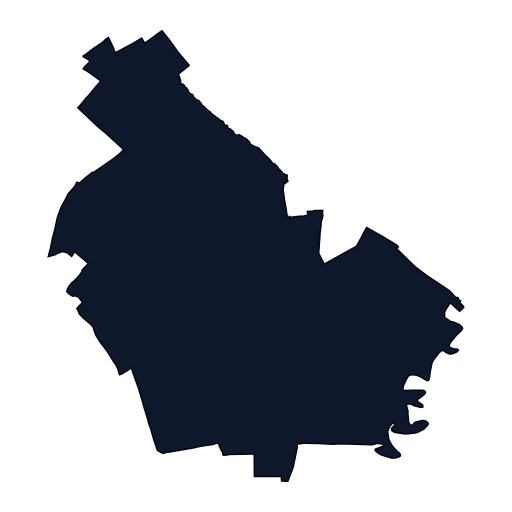 the district of Berezeni, Vaslui, Romania
{"feature_id": "2599482B46887987422837", "entity_name": "Berezeni", "entity_type": "district", "adm_level": 2, "iso_a3": "ROU", "parent_name": "Romania", "parent_adm1": "Vaslui", "projection": "albers", "projection_center": [28.128, 46.41], "detail": "fine", "context": "isolated", "style": "filled", "palette": "ink", "viewbox_px": 512, "rotation_deg": 0, "n_neighbors": 0, "source": "geoboundaries", "source_scale": "gbopen_adm2", "svg_char_len": 5976}
<svg xmlns="http://www.w3.org/2000/svg" viewBox="0 0 512 512"><path d="M372.2,444.8L377.3,443.4L382.5,444.1L383.1,444.6L383.3,445.5L382.8,446.3L378.0,448.2L376.1,448.7L375.1,449.5L375.3,450.5L375.8,451.3L379.5,453.9L381.0,454.8L384.5,455.9L391.3,458.0L394.0,458.1L397.2,457.5L399.7,456.5L400.5,455.7L400.4,454.6L399.2,452.9L397.3,451.4L393.1,447.0L390.6,443.2L388.9,439.5L388.6,438.5L387.7,431.8L387.8,430.8L389.8,426.5L391.7,424.0L393.4,422.9L394.2,423.3L394.5,424.3L394.3,425.4L393.8,426.1L391.7,428.1L391.5,430.0L392.0,430.8L394.5,432.3L395.4,432.5L403.7,433.8L407.0,433.9L415.7,432.9L418.3,432.0L424.2,428.9L425.5,427.3L427.6,425.3L428.1,424.2L428.1,423.3L427.6,422.5L426.2,421.3L425.3,420.9L422.4,420.4L415.0,422.3L412.2,425.1L411.3,425.4L410.5,425.0L409.2,423.5L408.6,421.6L407.8,412.6L408.1,411.6L406.5,405.7L406.7,404.7L407.4,404.2L409.3,403.9L411.3,404.3L414.9,406.0L419.1,407.0L420.9,407.4L422.8,407.1L422.8,405.2L421.3,403.9L418.7,402.3L417.5,400.9L417.4,400.0L417.9,399.1L419.7,398.1L424.4,394.2L425.2,393.3L425.5,392.5L425.4,391.8L424.1,390.6L422.1,390.2L410.4,390.2L407.5,390.5L403.6,390.3L403.1,390.1L402.9,389.3L403.5,385.4L407.0,378.2L407.6,377.4L408.0,376.4L408.8,375.8L410.7,374.9L413.7,374.8L416.7,375.3L420.6,376.8L424.8,379.4L427.2,380.6L428.1,380.6L428.7,380.1L429.4,378.5L430.0,373.0L432.0,362.8L432.8,361.2L434.8,358.3L438.5,353.4L439.9,352.0L441.9,350.5L442.7,350.5L443.5,350.7L446.7,352.8L449.6,354.0L451.6,353.9L453.5,353.4L457.1,351.8L458.4,350.3L458.0,349.5L457.1,349.1L454.1,348.9L451.3,348.1L449.6,347.2L449.1,345.6L449.2,344.9L450.7,342.2L451.9,340.6L456.4,335.3L460.8,331.1L462.0,329.6L462.6,328.8L462.4,327.8L462.0,327.0L461.4,326.3L459.1,324.4L453.6,322.1L450.6,321.5L444.8,317.5L444.6,316.5L444.7,312.1L444.9,311.3L447.2,307.3L448.5,305.6L448.9,304.4L448.9,303.5L450.6,303.6L452.0,304.2L455.0,307.2L459.7,311.3L463.7,307.5L463.5,306.4L460.0,302.8L460.1,301.6L460.6,301.0L459.0,300.0L458.1,297.8L457.2,297.4L455.8,297.7L451.4,292.6L449.3,290.6L426.5,275.3L415.6,267.1L409.1,260.9L396.3,248.3L397.2,248.0L398.4,246.8L396.5,244.9L384.1,237.4L366.6,227.5L357.7,244.1L356.8,245.7L356.0,246.5L321.9,265.4L323.5,263.8L323.7,263.0L318.7,253.4L320.1,232.7L321.1,224.7L321.1,222.4L321.7,220.1L322.5,217.9L322.6,216.8L322.9,215.5L322.6,214.4L322.5,212.6L322.7,210.4L313.9,210.6L313.1,211.2L307.6,211.4L307.3,211.6L307.8,215.3L304.7,215.7L304.1,216.1L299.5,216.2L290.6,217.3L290.5,217.0L289.6,216.4L289.2,216.5L289.3,217.4L289.7,218.3L289.3,218.6L287.7,217.4L287.3,216.2L286.8,214.0L286.3,210.0L284.5,199.9L283.1,189.6L283.4,188.1L283.6,185.6L284.1,183.5L285.2,183.5L285.6,183.3L286.1,182.3L287.8,181.5L287.8,180.6L287.4,180.2L287.2,179.8L287.0,177.8L287.3,175.6L286.9,175.0L286.4,174.7L284.8,174.6L284.4,173.9L284.0,173.7L282.5,173.7L282.5,173.2L282.0,171.8L280.5,171.0L280.4,170.8L280.5,170.3L280.4,170.1L279.7,170.0L278.8,170.3L279.0,169.0L278.5,168.4L278.2,167.6L277.8,167.4L277.2,166.4L276.4,165.5L275.8,165.4L275.5,164.6L274.7,164.6L274.5,165.2L274.1,165.1L273.9,164.9L274.5,163.9L274.3,163.6L274.0,163.6L273.6,164.3L273.1,164.3L272.9,164.2L273.0,163.7L272.5,162.9L271.7,162.1L271.3,161.3L270.4,160.5L269.8,159.5L264.7,154.7L258.7,147.9L258.1,147.6L257.6,147.7L257.0,147.2L256.2,147.2L254.2,146.2L253.4,146.3L253.0,145.7L251.9,145.0L251.2,144.9L250.1,144.0L249.9,142.4L247.1,139.6L245.5,138.3L244.4,138.0L240.9,135.6L239.8,135.3L239.7,134.9L239.1,134.6L236.7,135.6L236.3,135.4L235.8,134.7L234.7,134.1L234.2,133.7L233.6,132.0L232.3,130.6L231.0,129.7L230.2,128.9L229.1,128.7L227.9,127.8L227.7,127.6L227.5,125.7L227.1,125.3L226.1,125.6L224.6,124.8L223.7,122.7L222.9,121.5L222.3,121.0L221.0,120.8L216.8,117.4L215.8,117.1L214.9,116.0L211.1,113.5L210.7,112.4L207.9,110.4L207.0,109.5L205.9,108.7L205.0,107.4L203.5,106.2L202.7,105.9L202.0,105.1L200.7,102.6L199.4,101.7L198.9,100.6L196.7,99.9L193.7,97.1L192.9,95.0L191.8,94.1L191.2,94.2L189.9,93.4L188.6,91.8L187.6,89.5L186.4,87.9L184.5,86.6L184.3,85.5L183.5,84.5L183.0,84.2L181.8,84.1L180.5,82.8L180.3,82.2L180.6,80.7L180.5,79.9L179.6,78.0L179.4,76.5L178.7,75.1L178.6,74.5L178.8,73.9L180.3,72.5L187.1,67.2L189.2,65.3L178.3,52.4L169.7,40.4L162.0,30.7L157.0,34.2L150.7,39.0L144.4,43.3L144.0,41.9L141.7,38.1L132.4,43.7L115.6,52.6L115.1,52.6L114.9,52.4L114.3,50.1L112.4,45.7L108.4,37.4L106.2,38.9L104.6,40.2L103.9,41.2L101.3,43.2L98.2,45.2L97.6,45.8L95.2,47.1L86.6,53.7L83.1,56.0L83.1,56.6L88.9,60.0L89.5,61.3L89.5,61.9L89.2,62.3L84.9,66.5L83.2,68.8L89.5,72.7L100.8,81.0L96.3,86.1L87.8,96.4L85.6,98.4L84.8,99.8L77.9,107.8L98.1,126.9L105.5,133.0L123.7,149.6L118.7,154.5L112.5,159.3L97.6,169.7L94.2,171.9L92.7,172.5L91.5,172.6L90.9,173.6L85.9,177.3L79.8,182.8L79.1,183.0L77.3,182.2L76.7,182.3L75.5,185.3L73.2,188.2L68.8,193.1L68.6,193.1L65.2,199.8L61.2,207.0L57.4,217.3L54.6,230.3L52.6,237.7L50.4,248.6L49.1,253.4L48.9,253.9L48.8,254.9L48.3,256.6L55.8,254.5L56.4,253.7L57.3,253.5L61.2,251.9L63.1,251.7L67.0,252.7L68.4,253.4L68.5,253.8L71.6,256.4L72.8,254.7L74.5,251.6L88.4,263.5L82.3,269.8L81.6,272.2L79.4,275.3L77.4,277.6L73.3,281.6L71.8,282.7L69.2,285.9L67.4,289.1L66.8,291.7L69.4,294.1L72.6,296.2L75.6,295.8L77.4,296.9L78.5,297.1L82.6,302.5L78.0,307.0L76.9,308.5L77.7,309.7L79.2,313.6L79.7,314.3L83.2,318.0L90.3,324.0L92.8,326.6L93.5,328.1L94.3,331.1L96.0,335.5L100.6,342.8L104.5,347.7L107.6,352.0L113.6,361.7L116.1,365.3L117.7,368.7L119.5,374.7L121.8,374.0L131.3,368.0L137.3,385.1L137.5,385.1L141.9,399.6L143.8,406.5L147.4,418.2L148.8,423.8L150.6,428.5L153.8,439.7L157.4,450.4L161.9,452.9L163.7,453.3L167.6,452.1L169.0,452.1L194.6,447.7L198.1,446.8L203.6,445.8L213.3,444.4L216.2,443.2L218.2,443.4L218.9,443.9L219.3,446.2L220.1,447.7L220.6,449.2L221.0,449.7L221.8,451.3L222.7,452.2L222.9,454.1L222.8,454.7L223.4,455.2L226.5,455.1L228.7,454.5L254.2,454.0L254.4,476.5L280.1,476.5L281.2,476.1L281.6,481.0L287.8,481.3L293.1,467.6L296.6,450.6L297.2,447.3L297.1,446.2L297.4,444.2L303.6,443.2L321.2,443.6L332.9,444.3L337.7,444.0L347.7,444.0L372.2,444.8Z" fill="#0f172a" stroke="#020617" stroke-width="1.5"/></svg>